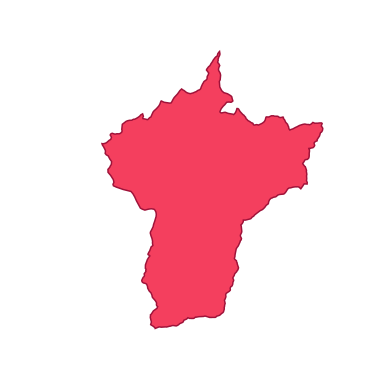 outline of Tsento, Paro, Bhutan, rotated 24°
{"feature_id": "84629894B34516930524400", "entity_name": "Tsento", "entity_type": "district", "adm_level": 2, "iso_a3": "BTN", "parent_name": "Bhutan", "parent_adm1": "Paro", "projection": "robinson", "projection_center": [89.316, 27.609], "detail": "fine", "context": "isolated", "style": "filled", "palette": "rose", "viewbox_px": 384, "rotation_deg": 24, "n_neighbors": 0, "source": "geoboundaries", "source_scale": "gbopen_adm2", "svg_char_len": 5991}
<svg xmlns="http://www.w3.org/2000/svg" viewBox="0 0 384 384"><g transform="rotate(24 192 192)"><path d="M204.0,321.2L204.4,321.8L204.8,323.3L205.3,324.1L207.8,327.3L208.2,330.0L211.6,330.5L213.7,331.3L213.9,331.6L216.4,329.0L217.1,328.5L218.9,328.0L222.5,326.1L223.8,325.6L226.3,323.6L226.9,323.3L228.3,322.0L229.4,321.5L231.6,320.9L232.4,320.5L233.7,318.8L234.3,317.3L236.5,314.9L236.8,314.0L236.7,312.5L238.8,310.2L239.4,308.5L241.1,308.5L244.6,307.0L245.2,306.5L246.0,304.9L246.5,304.8L249.0,303.1L253.0,301.1L254.1,300.2L254.9,299.9L259.2,299.4L264.2,297.1L264.7,296.5L265.1,295.4L267.4,293.4L268.5,290.9L269.3,289.6L269.5,288.6L269.1,285.8L268.4,284.4L268.3,283.5L267.8,281.9L267.6,280.3L265.6,277.6L265.8,276.2L265.6,274.1L265.4,273.5L264.6,272.3L264.5,271.7L264.5,270.6L266.4,267.6L266.9,266.3L266.8,265.7L266.1,264.7L265.9,263.6L266.0,262.7L266.6,262.1L266.8,260.9L266.7,259.7L266.1,257.8L266.1,256.0L265.7,255.3L264.4,254.1L264.2,253.5L264.5,251.2L264.3,249.2L265.2,246.7L265.3,245.2L265.6,244.4L265.4,243.2L265.4,242.4L262.5,239.2L262.1,238.4L261.2,237.8L260.8,237.0L260.4,236.6L259.6,236.5L258.3,236.0L257.7,235.4L257.5,233.6L256.9,232.0L255.5,225.9L255.7,224.4L256.2,222.4L256.2,218.0L256.0,216.9L256.4,215.7L256.1,214.3L254.5,213.0L253.7,211.8L253.8,208.9L253.5,207.7L251.2,203.7L250.7,202.9L250.1,202.4L250.1,202.0L250.7,200.6L250.9,198.9L250.8,198.0L250.3,196.8L252.3,195.9L256.0,193.0L256.6,192.4L257.2,190.4L258.2,189.0L258.5,187.6L259.7,185.3L261.8,181.4L263.6,179.3L264.7,176.6L265.2,174.0L266.5,171.7L266.0,169.7L266.0,167.4L266.8,165.5L267.7,164.8L268.4,163.8L270.5,162.3L271.8,159.7L273.1,158.6L276.4,156.7L277.1,155.9L277.7,153.9L278.2,150.3L279.1,148.8L280.4,148.1L282.3,146.5L284.2,145.3L286.6,144.2L287.7,144.0L290.1,144.8L290.8,141.3L291.1,139.2L291.3,138.9L293.9,137.9L293.4,136.4L292.0,135.1L291.4,133.2L290.1,130.7L289.7,129.1L288.0,126.5L287.8,125.6L285.2,122.8L284.5,122.7L282.1,121.4L281.6,121.0L281.5,120.7L281.8,120.0L282.2,116.7L282.6,116.2L284.0,115.4L284.8,113.9L284.8,112.9L284.4,111.4L283.3,108.9L282.8,107.1L282.2,105.8L281.3,105.1L281.0,104.7L281.8,104.2L282.3,104.1L282.7,103.6L284.5,102.3L285.0,101.2L285.2,99.8L285.1,99.5L283.8,98.0L283.6,97.2L284.2,95.7L285.5,94.3L285.0,93.3L285.7,88.9L285.3,86.1L285.3,85.4L285.8,84.8L286.1,84.0L286.1,82.3L285.6,80.7L284.6,79.8L283.7,79.5L283.4,79.2L283.1,78.0L283.1,76.6L282.7,76.3L282.3,76.2L280.7,76.9L278.3,78.3L277.2,78.7L276.3,79.3L275.1,79.2L274.1,79.3L273.5,80.8L272.9,81.9L272.0,82.8L271.1,82.9L269.4,83.6L267.5,84.0L265.9,85.0L264.3,86.4L263.0,87.6L261.4,89.7L260.3,90.9L258.4,93.4L257.0,94.6L256.2,95.6L254.7,94.7L253.7,93.1L252.4,92.1L251.8,91.3L249.2,90.2L247.1,88.3L245.5,87.6L245.1,86.6L244.6,86.5L243.9,87.1L242.2,88.2L240.8,88.2L239.6,87.9L236.5,89.2L235.6,89.2L233.5,90.1L231.7,92.2L229.3,93.2L229.2,94.1L229.6,96.4L229.4,98.3L228.3,100.5L225.5,103.8L223.7,104.1L221.9,105.4L221.0,105.6L220.4,105.3L219.9,104.6L219.2,104.4L218.5,104.6L217.7,104.5L215.9,104.1L214.0,104.0L212.6,103.3L211.9,103.2L211.3,102.8L210.6,101.9L209.3,101.4L208.3,100.8L206.8,100.5L203.1,98.9L200.9,97.3L200.0,97.1L199.1,97.5L199.4,99.6L199.4,101.7L199.1,103.0L198.6,104.3L197.7,104.3L192.9,105.5L190.3,105.6L189.1,106.1L187.0,107.7L185.9,107.9L184.8,107.4L184.8,104.0L185.6,100.9L186.4,99.0L187.2,95.9L189.1,94.8L191.0,94.2L191.6,93.7L192.3,92.2L190.6,90.2L189.7,88.9L188.4,88.3L184.5,87.8L180.7,88.3L178.0,87.4L174.7,84.8L172.0,79.9L172.1,78.0L170.6,73.6L169.4,72.0L167.0,70.2L166.4,69.4L165.9,67.6L165.9,65.2L163.9,63.6L163.0,63.4L162.6,63.0L162.4,61.1L161.8,60.1L161.7,58.4L161.4,57.6L161.5,57.0L161.7,56.8L161.6,55.2L161.3,54.4L160.0,52.4L159.7,53.2L159.3,55.2L159.5,56.1L159.6,57.9L158.9,58.7L158.4,60.0L157.7,63.1L157.7,64.4L157.1,67.4L157.1,68.3L156.9,69.5L156.2,70.8L155.5,73.9L155.6,74.7L158.9,76.5L159.1,78.7L158.9,80.0L159.1,81.1L159.5,81.5L159.7,82.8L159.3,84.1L158.2,85.8L157.9,86.8L157.9,88.1L157.7,89.0L157.7,92.3L157.9,93.9L157.8,94.6L157.3,95.6L156.3,96.5L155.5,97.6L155.3,98.3L153.5,100.1L153.0,100.8L150.4,102.9L148.0,103.3L146.4,103.3L143.3,102.5L142.4,102.5L140.6,102.1L139.7,104.3L138.9,108.3L137.3,113.0L137.0,115.2L136.9,117.7L136.6,119.2L135.4,119.9L129.9,121.4L127.0,121.3L126.7,121.7L126.9,124.5L126.8,126.2L126.6,127.3L125.6,130.4L124.3,133.3L123.9,134.8L123.9,140.3L123.1,141.2L122.1,143.9L121.3,144.2L120.6,144.2L117.3,144.9L116.8,144.0L116.8,142.6L115.1,140.7L113.8,142.4L113.4,143.9L112.6,145.4L111.0,147.7L109.8,149.0L108.9,149.4L107.7,151.0L105.8,151.9L104.3,153.0L103.1,154.2L100.8,158.5L102.4,163.4L103.1,164.3L103.5,165.6L103.1,166.7L102.6,167.7L101.7,168.5L99.6,169.4L98.6,170.2L97.4,170.6L95.2,170.8L94.4,171.6L94.0,172.6L94.4,173.6L95.5,174.1L96.3,175.1L96.2,175.8L96.4,176.6L96.2,177.3L95.4,178.3L93.9,181.6L93.1,182.6L91.2,184.1L90.1,184.4L90.9,185.4L92.9,186.7L95.7,189.0L96.4,190.0L97.0,192.1L98.6,192.9L100.8,193.1L103.5,195.3L106.1,196.8L107.1,199.6L106.8,201.6L106.8,203.0L106.0,205.5L107.3,208.2L110.9,209.9L115.1,212.7L116.7,214.9L116.7,217.1L117.7,218.3L121.0,218.3L128.1,217.7L136.0,216.3L138.7,217.6L141.7,219.8L144.9,222.7L151.4,227.7L153.4,227.9L156.3,227.7L159.3,225.3L161.6,223.9L164.2,223.2L165.5,223.6L167.2,225.0L168.4,226.8L169.2,229.0L169.3,230.1L169.8,233.7L170.1,237.3L170.6,239.5L170.5,243.0L170.3,245.4L170.6,246.5L172.2,248.5L174.6,251.0L175.9,252.9L176.4,253.9L176.5,254.5L178.0,256.8L177.0,258.8L177.3,262.9L177.1,264.4L177.0,266.7L177.7,267.2L179.1,267.2L179.5,267.6L179.0,269.6L178.9,270.8L178.7,271.6L179.0,276.0L179.1,277.5L180.3,280.4L180.5,280.8L181.4,281.2L181.7,282.6L182.2,283.3L181.6,286.2L182.5,287.6L182.6,288.0L182.6,288.8L182.1,289.8L182.0,292.5L182.1,293.3L182.6,294.0L183.6,294.7L185.1,294.8L185.6,294.6L187.1,294.5L188.1,294.7L189.8,296.4L190.6,297.8L192.3,299.2L193.4,300.0L195.3,300.7L196.0,301.2L197.7,302.9L198.2,303.8L198.8,304.4L202.7,306.2L204.3,307.3L204.9,308.0L205.1,308.9L205.6,309.8L206.0,310.2L207.3,310.7L207.3,312.5L205.1,316.3L204.5,320.0L204.0,321.2Z" fill="#f43f5e" stroke="#9f1239" stroke-width="1.5"/></g></svg>